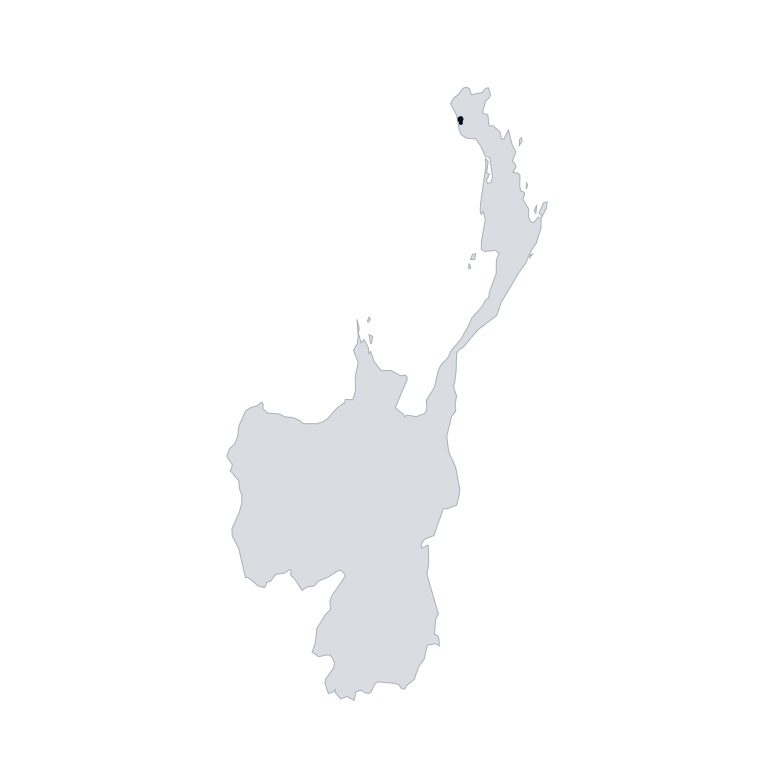 location of Bacho, Narathiwat, Thailand, rotated 197°
{"feature_id": "78962969B22586560209583", "entity_name": "Bacho", "entity_type": "district", "adm_level": 2, "iso_a3": "THA", "parent_name": "Thailand", "parent_adm1": "Narathiwat", "projection": "equal_earth", "projection_center": [101.634, 6.553], "detail": "fine", "context": "in_parent", "style": "filled", "palette": "ink", "viewbox_px": 768, "rotation_deg": 197, "n_neighbors": 0, "source": "geoboundaries", "source_scale": "gbopen_adm2", "svg_char_len": 5094}
<svg xmlns="http://www.w3.org/2000/svg" viewBox="0 0 768 768"><g transform="rotate(197 384 384)"><path d="M340.6,74.7L341.1,77.7L343.6,73.7L346.7,71.8L352.9,80.5L353.6,84.2L349.1,98.1L349.8,102.7L352.6,106.5L356.1,108.8L359.8,108.1L366.7,104.1L374.4,106.7L373.9,115.9L376.7,130.6L372.9,145.6L369.2,153.0L372.0,159.5L372.2,165.6L364.8,189.0L366.3,190.8L371.0,193.4L372.9,192.6L380.6,183.4L389.2,176.2L391.9,170.2L397.3,168.1L402.1,162.7L413.3,172.2L416.2,173.0L417.6,174.6L418.2,178.6L419.6,179.2L424.2,173.8L431.8,170.4L434.8,162.3L438.3,159.9L438.0,155.9L439.1,154.4L445.3,154.0L454.9,158.3L458.2,159.2L459.8,158.2L474.8,184.2L484.6,194.2L487.1,201.0L484.9,218.5L485.2,228.4L487.4,236.1L491.5,241.4L494.6,249.0L505.9,256.3L505.0,258.2L505.7,262.9L512.8,268.4L513.4,270.2L512.6,277.3L509.4,282.7L508.8,287.1L508.8,292.6L510.6,300.9L508.5,317.9L504.3,322.7L498.9,326.1L495.9,330.7L493.7,329.6L492.6,324.8L486.6,322.2L475.0,324.7L469.2,323.6L461.5,325.2L453.9,324.5L449.4,322.5L436.8,326.3L431.5,329.7L427.7,334.6L422.0,347.1L416.2,354.8L416.3,357.9L409.1,359.9L409.5,370.6L413.6,382.2L414.9,396.9L423.0,407.2L421.4,414.5L422.4,421.6L428.7,437.9L424.1,430.1L423.2,424.8L417.9,416.7L416.2,420.7L409.9,414.6L407.3,408.6L406.3,411.3L400.2,402.7L393.9,398.1L390.3,396.0L381.5,399.0L370.3,396.7L366.0,398.9L364.2,397.5L363.1,395.0L366.3,364.5L356.6,360.7L355.0,358.7L352.9,361.0L343.4,362.2L336.5,367.8L335.6,372.5L338.7,380.9L334.7,396.0L336.0,410.3L335.4,418.1L330.6,428.1L329.4,436.1L323.9,448.3L320.3,463.7L319.4,472.7L313.0,486.4L311.4,494.1L309.1,497.1L310.1,503.2L308.9,522.1L312.9,535.8L311.8,542.2L316.3,544.4L326.8,540.1L330.3,541.2L332.5,548.7L335.2,571.1L339.6,578.0L340.7,574.6L342.8,578.1L344.4,584.8L349.9,620.3L352.8,629.5L349.4,627.2L347.6,616.0L344.5,615.6L345.6,608.5L343.6,606.0L340.5,608.0L340.6,613.5L348.9,631.2L354.1,631.7L360.7,639.5L367.9,645.2L376.9,643.2L383.2,645.0L386.9,649.8L392.8,661.8L402.4,671.8L400.9,678.0L397.1,683.1L395.1,689.7L392.5,691.7L388.9,691.7L385.0,686.2L375.5,691.2L373.3,696.4L370.9,697.8L366.7,692.0L367.0,688.8L369.7,684.1L369.0,671.8L363.3,671.6L359.4,662.4L358.2,661.5L355.5,662.9L346.4,658.6L343.7,652.9L341.0,653.3L339.2,663.2L331.2,650.0L325.7,644.5L326.5,634.7L322.8,632.6L321.2,629.9L322.6,624.0L317.4,624.9L315.0,623.3L312.0,612.7L309.5,608.4L306.1,608.4L305.0,606.4L305.3,601.2L296.9,593.8L294.2,585.3L290.3,581.6L287.7,582.7L285.2,588.7L283.3,588.3L281.6,586.7L279.4,578.2L279.6,563.4L282.3,554.8L283.8,541.1L287.7,529.5L295.9,495.7L296.2,482.5L310.0,463.5L319.2,441.9L322.2,438.7L323.6,434.7L318.8,417.3L316.7,405.2L317.0,402.0L311.2,393.9L309.8,384.5L308.2,381.5L307.7,378.4L309.9,372.9L308.7,352.4L302.4,338.2L291.0,325.1L280.9,305.8L279.5,299.0L279.2,289.4L287.5,282.9L290.8,282.4L292.0,253.6L299.1,248.1L300.6,245.7L301.4,240.9L299.7,238.1L295.1,242.8L294.2,241.8L288.6,224.9L287.4,214.6L264.8,180.1L265.8,174.3L262.6,159.4L259.2,159.1L257.0,156.5L254.6,149.8L259.0,150.7L266.2,146.9L265.1,132.5L268.2,124.2L268.7,110.4L274.2,102.3L275.0,98.3L278.0,97.8L282.0,100.8L286.1,100.9L303.0,97.4L305.3,93.7L306.3,86.1L308.0,83.7L311.8,83.1L316.2,84.6L320.8,81.6L320.0,72.8L328.1,74.3L333.4,70.2L340.6,74.7ZM285.7,592.7L284.5,603.7L281.2,605.9L280.1,599.5L282.1,589.2L283.0,591.6L285.7,592.7ZM337.8,528.4L337.3,533.8L334.4,535.5L333.7,529.5L337.8,528.4ZM409.2,419.3L412.7,426.9L408.6,426.2L407.9,418.9L409.2,419.3ZM324.6,659.8L322.9,656.6L324.4,651.5L325.9,657.7L324.6,659.8ZM291.0,593.9L290.3,599.9L288.7,591.7L291.0,593.9ZM337.9,523.7L336.4,523.0L335.1,519.5L337.0,519.6L337.9,523.7ZM305.0,611.9L306.9,619.0L304.8,615.7L305.0,611.9ZM418.3,439.2L417.8,443.6L416.0,441.8L417.1,438.5L418.3,439.2ZM281.9,550.1L279.9,551.8L281.5,547.5L281.9,550.1Z" fill="#d9dde1" stroke="#a8b0b8" stroke-width="1"/><path d="M389.9,657.8L389.7,657.8L389.6,657.7L389.4,657.7L389.2,657.6L388.9,657.6L388.7,657.6L388.5,657.4L388.5,657.2L388.4,657.0L388.3,656.9L388.4,656.7L388.2,656.6L388.1,656.4L388.0,656.1L387.9,655.8L387.9,655.7L387.7,655.5L387.5,655.4L387.4,655.3L387.4,655.2L387.5,655.1L387.4,655.0L387.4,654.9L387.4,655.0L387.4,655.3L387.2,655.4L387.1,655.2L387.3,655.2L387.2,655.0L386.9,655.2L386.7,655.1L386.5,655.3L386.4,655.4L386.2,655.3L385.9,655.3L385.8,655.5L385.7,655.5L385.6,655.8L385.7,656.0L385.6,656.3L385.6,656.5L385.8,656.8L386.0,656.8L386.1,657.0L386.3,657.2L386.3,657.3L386.2,657.5L386.2,657.8L386.2,658.0L386.3,658.0L386.3,658.3L386.4,658.5L386.5,658.7L386.6,658.8L386.6,659.0L386.5,659.3L386.4,659.3L386.3,659.5L386.3,659.4L386.3,659.5L386.2,659.5L386.1,659.8L386.1,660.0L386.2,660.3L386.3,660.3L386.4,660.5L386.5,660.6L386.7,660.8L386.6,661.0L386.8,661.1L386.9,661.3L387.0,661.3L387.2,661.5L387.3,661.6L387.5,661.8L387.8,661.9L388.0,661.9L388.3,661.9L388.5,661.9L388.8,661.8L389.0,661.7L389.3,661.5L389.4,661.4L389.5,661.3L389.6,661.2L389.8,661.1L389.9,660.9L390.0,660.8L390.1,660.7L390.3,660.3L390.5,660.2L390.4,660.0L390.4,659.9L390.4,659.7L390.2,659.4L390.2,659.2L390.2,658.9L390.3,658.8L390.3,658.7L390.2,658.6L390.2,658.4L390.1,658.2L390.0,657.9L389.9,657.8L389.9,657.8Z" fill="#0f172a" stroke="#020617" stroke-width="1.5"/></g></svg>